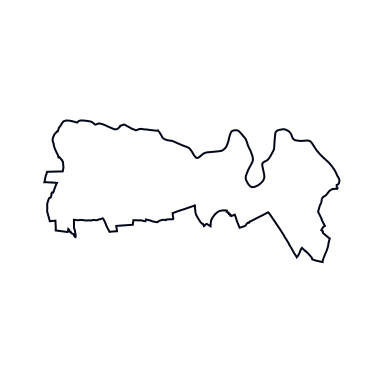 Bogata, Mures, Romania (Albers equal-area conic projection), rotated 253°
{"feature_id": "2599482B98155528688237", "entity_name": "Bogata", "entity_type": "district", "adm_level": 2, "iso_a3": "ROU", "parent_name": "Romania", "parent_adm1": "Mures", "projection": "albers", "projection_center": [24.128, 46.48], "detail": "fine", "context": "isolated", "style": "outline", "palette": "ink", "viewbox_px": 384, "rotation_deg": 253, "n_neighbors": 0, "source": "geoboundaries", "source_scale": "gbopen_adm2", "svg_char_len": 5979}
<svg xmlns="http://www.w3.org/2000/svg" viewBox="0 0 384 384"><g transform="rotate(253 192 192)"><path d="M216.2,303.8L217.6,303.8L219.6,303.3L221.5,302.5L223.4,300.8L224.9,298.9L225.4,297.5L225.9,293.4L225.8,291.6L225.4,290.5L224.7,289.5L223.7,288.8L217.5,286.2L210.0,283.4L208.5,282.6L207.0,281.2L203.3,277.4L201.8,275.6L200.8,274.1L200.3,273.0L200.0,271.0L199.4,268.7L198.9,267.9L198.3,267.4L196.5,266.9L187.4,266.1L184.9,265.5L184.3,265.1L183.3,264.4L182.1,263.4L180.9,261.5L179.7,259.0L179.2,257.5L178.8,255.3L178.6,252.8L179.2,250.6L180.3,249.5L182.1,248.5L184.3,247.8L187.3,247.3L189.3,247.3L191.4,248.1L193.6,249.7L196.9,252.4L202.5,258.0L203.7,259.0L204.9,259.6L207.0,260.2L208.9,260.3L214.5,260.0L217.6,259.4L220.4,259.1L224.4,259.1L227.4,258.7L234.9,255.5L236.7,254.4L237.5,253.6L238.0,252.8L238.6,250.7L238.6,249.4L238.6,248.3L238.3,247.6L237.8,246.9L236.5,245.7L234.2,244.1L229.9,241.6L226.7,239.3L225.2,237.9L224.2,236.5L223.6,235.3L222.8,232.9L222.8,231.9L223.4,228.1L225.1,219.9L225.5,217.9L225.6,216.4L225.5,214.9L225.1,213.4L223.3,209.2L222.9,207.4L223.1,206.8L223.3,206.4L223.7,205.9L224.7,205.4L226.5,204.7L227.9,204.3L230.3,203.8L232.6,203.1L234.5,202.3L235.5,201.4L237.1,199.6L238.7,197.4L242.3,193.1L245.7,189.2L246.8,187.8L248.3,184.4L248.9,183.3L250.5,181.3L251.5,180.3L252.7,179.7L256.2,179.0L259.0,178.2L260.3,177.5L260.9,177.4L260.9,176.2L261.9,173.9L263.0,171.3L265.2,166.5L265.9,164.5L267.2,162.0L267.4,160.8L267.6,160.1L267.6,159.6L267.5,159.0L267.4,158.1L267.4,156.4L267.7,156.1L270.1,153.0L272.5,150.7L276.2,147.1L276.4,146.5L276.3,142.7L275.7,142.5L274.3,139.7L274.2,139.1L274.1,138.6L274.2,137.9L274.6,136.2L278.7,131.3L281.0,128.8L282.8,126.5L284.0,124.6L284.8,123.2L284.7,120.0L284.7,119.4L284.8,119.0L286.9,117.7L287.7,117.1L289.1,115.6L290.8,112.1L291.7,110.1L292.3,108.4L292.7,107.3L293.0,106.0L293.0,105.0L292.9,104.3L292.0,102.4L294.2,99.0L295.6,96.6L296.4,94.7L297.2,92.6L297.1,89.7L295.6,87.5L295.0,87.0L293.3,85.1L292.9,84.2L292.5,83.7L289.5,81.5L289.1,81.1L289.2,80.7L289.3,80.6L289.2,80.3L288.8,79.7L288.6,79.4L287.5,77.6L287.1,77.1L284.8,75.1L283.2,74.1L282.9,74.0L281.9,73.9L281.2,73.6L279.9,73.8L278.5,73.8L277.9,73.6L275.8,73.4L272.8,73.6L269.6,74.0L268.8,74.1L268.3,74.3L266.4,74.5L264.0,74.5L264.0,75.1L264.0,75.3L264.0,75.5L263.7,75.6L263.1,75.8L262.8,76.0L260.5,76.8L260.3,77.1L260.0,77.0L258.9,77.2L258.6,77.4L252.9,76.2L249.5,74.4L253.7,59.3L251.9,58.2L250.5,57.0L249.5,56.4L245.8,54.5L244.5,53.7L243.9,55.7L241.9,61.0L242.0,61.0L240.2,65.5L238.9,64.3L236.4,62.3L234.4,60.8L232.0,59.1L232.5,58.2L231.6,57.0L231.2,56.9L230.2,56.8L228.4,55.5L228.1,55.1L228.0,54.8L228.1,54.2L228.0,53.8L227.6,53.3L226.5,52.5L226.3,52.2L225.9,51.9L225.5,51.8L224.6,51.1L223.4,50.3L221.9,49.6L221.5,49.6L219.2,49.0L218.1,48.6L216.8,48.1L215.7,47.8L205.6,47.5L205.2,49.7L204.5,53.0L197.3,51.2L195.1,50.4L190.1,61.3L191.4,62.3L192.7,62.9L191.5,63.6L191.2,63.6L190.4,63.3L190.0,63.3L189.7,63.4L189.4,63.9L188.9,64.6L187.9,64.6L186.1,66.6L185.4,66.5L185.0,67.0L184.3,66.6L183.9,66.9L183.4,66.9L182.9,67.4L183.1,67.7L184.4,68.0L187.4,68.5L189.7,68.8L190.4,68.8L191.3,68.6L192.4,68.7L199.9,71.0L199.5,72.2L198.8,73.5L198.4,74.5L197.8,77.5L197.6,78.0L197.0,79.6L196.2,81.2L195.9,81.9L195.4,83.6L194.8,85.9L194.3,87.0L194.2,87.3L194.3,87.7L194.2,89.0L194.0,89.9L193.0,92.1L192.9,92.9L192.9,99.0L191.4,99.5L189.9,99.8L185.4,100.3L185.2,100.2L181.0,100.9L178.0,101.5L177.4,104.7L176.4,108.8L181.7,109.7L178.0,125.8L182.2,127.7L180.3,133.2L179.9,134.8L177.6,138.9L179.2,140.0L176.7,144.1L175.6,145.5L175.1,146.3L173.6,149.1L173.4,149.6L173.3,150.5L173.8,151.5L174.0,152.4L174.0,153.6L174.0,155.4L173.8,156.6L173.3,157.7L172.7,158.7L172.7,159.0L172.9,159.2L173.2,159.4L172.4,162.8L171.9,164.4L171.7,165.3L171.6,165.8L171.6,166.0L172.2,166.4L175.1,166.8L177.4,167.3L177.6,170.1L177.8,173.7L177.9,180.5L178.1,185.6L178.2,189.9L178.4,190.7L177.6,190.7L176.4,190.4L175.3,190.0L173.4,189.8L172.1,189.4L169.3,189.2L165.6,190.0L161.0,191.2L158.9,192.3L158.5,192.7L158.3,193.1L157.9,193.4L155.9,193.3L156.0,194.0L156.4,194.3L157.0,195.7L157.3,196.7L153.8,199.7L157.7,201.2L159.5,202.2L161.0,203.5L161.7,204.4L164.1,207.7L165.5,211.1L165.8,213.3L165.3,216.5L164.2,219.7L163.0,219.4L162.9,220.0L161.7,220.2L161.5,221.0L160.1,220.9L160.0,221.3L159.6,221.4L159.6,221.8L158.2,221.8L158.2,222.6L157.5,222.7L157.8,226.3L153.2,226.5L152.7,226.4L150.5,226.5L145.8,226.9L144.5,227.0L143.9,227.1L144.0,232.9L145.5,234.9L146.2,236.1L146.3,237.2L146.1,237.3L146.6,238.2L146.4,238.3L146.8,238.7L147.1,241.2L148.2,247.0L149.2,253.1L149.6,255.0L150.3,258.9L148.7,259.7L146.5,260.4L130.8,265.2L126.9,266.3L124.1,267.1L121.6,267.6L119.5,268.1L119.1,268.3L114.8,269.4L113.6,269.5L109.4,270.6L103.2,271.9L99.4,273.1L99.0,273.1L99.5,274.0L100.3,275.0L102.1,276.8L104.4,278.6L105.4,279.5L106.4,280.8L102.2,283.2L102.3,283.4L99.3,285.1L94.3,287.3L93.1,287.4L92.8,287.2L91.9,287.9L91.3,288.9L90.0,290.6L89.7,291.3L86.8,296.4L87.9,296.8L91.0,299.0L93.1,300.7L96.4,303.5L99.0,305.4L101.2,306.7L103.9,308.0L107.4,310.2L107.8,309.6L114.5,305.3L114.9,305.2L115.3,305.3L115.7,305.6L116.2,305.6L117.8,304.5L118.6,305.5L120.0,307.0L120.4,307.9L120.7,309.2L122.3,308.8L124.0,308.5L128.0,307.9L128.3,308.1L133.8,307.2L135.9,306.8L136.5,307.0L139.1,308.6L142.1,310.6L142.5,311.0L142.8,311.4L143.4,312.0L143.9,312.4L145.5,313.3L147.1,314.0L148.3,315.0L149.0,316.2L149.6,318.8L149.7,319.1L153.1,324.1L153.1,324.7L153.7,326.7L153.8,327.5L153.3,328.3L153.3,329.4L153.2,330.1L152.9,330.7L152.6,331.7L152.8,332.0L153.1,332.3L153.3,332.1L153.7,331.7L154.2,331.9L154.9,332.0L155.1,332.1L156.4,332.4L156.4,333.5L157.0,334.5L157.8,335.3L159.1,336.1L159.9,336.3L161.5,336.5L163.9,336.1L165.3,335.6L168.0,335.4L171.8,334.6L176.0,333.2L180.2,331.4L186.8,327.5L190.7,325.4L195.1,323.5L198.5,322.4L200.9,321.8L203.5,321.0L205.1,320.4L206.2,319.6L206.9,318.6L207.5,317.5L208.9,311.3L209.4,310.0L210.8,306.8L211.3,305.9L213.1,304.3L214.3,304.0L216.2,303.8Z" fill="none" stroke="#020617" stroke-width="2"/></g></svg>